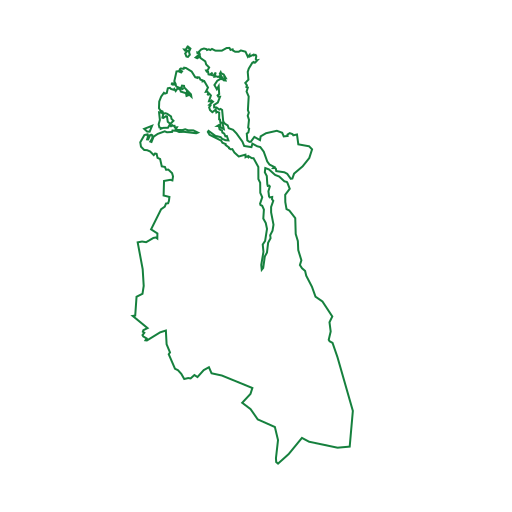 the district of Suldal nor, Rogaland, Norway, rotated 106°
{"feature_id": "86288312B74998451175401", "entity_name": "Suldal nor", "entity_type": "district", "adm_level": 2, "iso_a3": "NOR", "parent_name": "Norway", "parent_adm1": "Rogaland", "projection": "albers", "projection_center": [6.141, 59.542], "detail": "fine", "context": "isolated", "style": "outline", "palette": "green", "viewbox_px": 512, "rotation_deg": 106, "n_neighbors": 0, "source": "geoboundaries", "source_scale": "gbopen_adm2", "svg_char_len": 6054}
<svg xmlns="http://www.w3.org/2000/svg" viewBox="0 0 512 512"><g transform="rotate(106 256 256)"><path d="M413.4,113.4L378.2,120.2L330.8,149.8L318.4,158.5L317.7,161.7L316.5,163.0L308.0,163.4L299.4,167.1L293.1,166.0L281.4,179.6L278.7,187.6L270.2,193.7L261.1,202.3L256.8,204.7L255.1,208.4L252.6,211.3L247.6,211.2L238.7,217.0L230.1,219.9L223.9,223.9L208.8,228.7L203.1,236.5L202.5,239.6L196.1,242.7L189.1,244.8L182.1,242.1L177.2,245.8L176.3,246.8L176.4,249.3L173.2,255.6L172.8,260.0L169.2,267.4L168.9,271.3L173.1,270.6L176.1,267.7L183.9,264.9L185.4,264.0L184.7,262.7L185.3,261.9L190.4,261.9L195.1,259.9L195.9,258.9L194.8,256.7L197.1,256.2L198.2,254.6L204.7,255.0L209.9,253.5L221.1,247.8L227.2,247.1L232.1,248.1L234.9,246.9L239.9,248.0L249.7,246.4L254.0,247.4L265.5,245.8L267.6,246.7L263.1,248.5L249.9,250.0L243.1,252.7L239.0,251.4L226.9,252.9L221.6,255.7L218.0,259.3L209.2,261.2L206.0,263.9L205.8,265.7L204.6,266.5L197.8,266.2L194.1,269.3L184.4,272.2L181.4,274.9L169.8,278.3L162.7,285.3L163.1,287.1L162.1,290.6L163.2,290.7L162.6,291.9L163.9,293.3L161.5,294.1L165.1,300.0L162.5,305.3L159.8,308.2L160.4,309.7L159.9,311.6L159.2,311.8L157.7,315.8L156.8,316.0L156.4,319.5L154.7,321.3L152.3,334.1L150.0,336.5L148.8,336.1L151.5,328.7L152.4,328.4L151.6,326.9L151.5,322.7L152.7,320.8L153.1,317.2L152.5,314.4L148.7,317.1L149.4,318.4L147.1,320.3L146.6,322.4L144.9,323.1L144.3,325.9L141.4,327.5L141.7,329.0L139.2,326.7L142.0,325.7L142.8,322.0L137.5,324.8L137.2,327.2L134.8,328.2L134.8,329.1L128.3,330.9L128.1,333.2L128.9,333.7L126.4,335.1L129.8,337.6L128.4,340.4L126.1,342.0L123.8,341.3L123.7,342.6L119.5,339.9L118.8,341.6L119.9,342.1L120.3,343.9L114.1,343.6L112.8,345.7L114.8,346.9L112.6,346.8L111.4,347.9L112.0,349.5L107.3,348.6L102.1,354.0L102.9,355.5L101.8,355.8L101.8,358.0L100.0,359.7L100.3,361.6L101.0,361.5L100.9,363.7L96.4,368.7L94.6,375.1L94.8,377.0L96.0,377.1L96.5,380.0L97.3,380.6L98.3,380.7L98.9,378.0L100.2,378.5L99.8,381.7L100.5,383.3L110.5,382.7L112.4,381.0L113.2,384.3L113.9,384.4L114.3,383.6L113.5,380.8L115.1,379.1L115.9,371.8L114.5,374.3L112.6,374.1L112.3,372.1L113.8,371.4L118.5,363.1L120.6,362.1L117.9,367.4L120.3,366.5L120.3,365.6L121.3,366.9L118.8,368.2L118.7,373.6L117.1,374.6L116.3,377.5L119.6,378.7L117.9,380.6L118.9,381.0L118.9,383.7L118.1,385.1L119.1,387.0L123.9,386.7L125.0,388.3L124.5,389.5L128.9,391.1L134.2,391.6L140.7,390.0L142.5,388.0L142.8,385.7L144.7,384.4L143.7,382.4L143.8,380.5L145.3,376.1L147.4,375.1L148.8,372.6L152.6,374.8L151.3,377.8L146.5,380.0L146.4,381.0L148.9,383.2L148.8,384.1L145.3,384.2L144.3,386.1L144.6,388.8L151.7,385.9L156.2,385.9L159.1,384.3L159.1,382.4L159.8,382.4L158.4,380.5L157.0,376.0L153.9,375.2L154.7,373.5L153.3,372.7L153.8,371.8L153.3,370.2L154.8,369.5L154.1,367.5L156.6,368.1L156.8,367.2L155.2,361.4L153.7,359.0L153.9,356.0L152.5,350.8L153.4,345.9L154.5,347.3L156.5,359.5L158.0,364.1L157.6,366.7L158.4,370.9L159.8,370.8L160.4,372.3L161.6,375.7L161.3,378.1L165.7,384.1L169.5,387.3L175.2,387.9L175.1,389.1L171.2,388.1L168.5,389.0L168.3,390.2L169.1,391.1L173.7,391.8L173.9,392.8L169.7,392.7L169.9,393.6L169.0,393.9L170.5,396.6L178.6,398.6L182.6,396.7L184.9,392.7L184.3,389.9L184.7,386.6L187.2,382.1L185.3,381.3L185.2,379.7L188.8,377.7L189.2,374.9L195.8,371.3L195.5,368.1L197.9,366.2L197.1,364.1L199.5,359.5L202.4,357.7L206.4,357.2L206.4,359.4L209.2,365.1L223.3,361.5L223.1,355.5L227.0,354.9L229.5,355.0L230.4,357.0L233.7,357.3L237.2,360.1L259.3,364.2L261.5,357.0L266.4,355.7L265.8,357.4L266.9,359.6L273.0,365.4L273.5,369.5L275.5,373.5L299.9,361.3L315.7,355.7L323.6,354.7L328.1,359.6L346.5,355.7L347.6,358.0L355.2,340.4L358.3,343.8L360.0,343.9L360.6,342.2L363.3,343.3L364.4,342.2L365.4,338.4L367.5,339.0L367.3,337.6L355.8,327.1L352.5,322.1L365.5,317.6L372.4,312.1L374.5,312.8L386.7,302.8L387.3,299.5L389.9,295.3L394.0,291.1L392.0,287.5L391.7,285.1L387.4,282.4L388.5,278.9L380.1,274.8L375.9,270.6L381.0,266.4L380.3,255.9L383.9,223.1L390.1,223.3L400.9,228.8L404.7,219.0L412.6,209.3L415.2,190.7L426.9,184.1L444.8,181.1L448.5,179.8L449.5,177.6L437.4,170.0L418.2,161.7L419.9,153.8L417.8,124.8L413.4,113.4ZM138.0,231.5L135.9,235.2L137.0,246.1L127.9,250.1L129.7,253.4L128.8,254.5L128.6,257.4L130.6,259.2L131.9,258.7L133.4,262.3L130.3,264.8L129.9,270.5L135.2,280.2L139.7,284.5L143.5,284.1L142.0,290.4L147.6,292.5L148.1,293.8L147.3,296.2L140.9,298.6L139.3,297.4L135.5,297.7L134.8,298.9L127.0,300.3L123.5,302.6L120.2,302.4L118.0,304.0L104.7,307.0L100.5,310.4L96.3,310.3L96.2,311.8L94.4,311.8L92.6,314.0L88.6,311.9L81.3,314.7L77.8,314.6L71.2,312.8L70.1,311.7L70.7,311.0L70.3,310.1L67.5,308.7L67.8,309.3L66.8,310.5L63.8,310.8L62.8,311.8L63.7,313.4L63.1,313.8L65.9,317.0L64.4,317.6L66.8,318.7L62.5,322.4L62.6,327.2L64.4,328.9L65.4,332.3L64.8,334.8L63.8,335.4L64.9,337.3L63.3,338.9L64.2,341.6L68.0,345.4L69.8,351.7L69.1,355.4L70.6,356.7L70.3,358.3L71.5,359.9L70.8,360.6L70.9,363.2L72.5,365.6L76.1,367.6L76.2,366.8L76.4,366.8L76.5,368.5L77.1,368.2L76.4,367.0L77.4,365.7L81.8,368.7L82.1,367.0L79.6,364.8L81.0,363.9L82.9,358.4L85.6,356.7L87.7,353.0L90.8,353.7L91.4,355.1L92.4,354.1L92.2,352.8L94.5,351.7L94.4,350.3L91.7,348.3L94.2,349.5L94.3,346.6L90.7,345.3L95.1,345.3L94.2,343.5L94.4,342.0L93.3,340.8L94.2,340.2L93.9,337.6L90.8,341.0L89.1,340.6L89.9,340.0L90.4,337.1L93.0,334.4L93.0,335.4L95.7,333.6L96.0,335.5L95.2,336.6L95.7,339.1L98.2,341.5L103.1,343.1L106.5,339.6L103.0,338.7L110.5,336.0L112.2,337.2L113.2,336.2L112.8,334.5L119.0,335.0L122.3,337.9L124.7,337.2L124.1,334.9L125.4,331.6L124.4,330.6L125.0,328.8L135.7,324.6L137.4,322.4L138.3,319.2L140.7,317.5L141.0,312.9L143.5,308.6L149.8,300.6L153.5,297.7L152.6,290.4L149.0,290.4L150.2,285.1L150.1,281.9L153.6,277.3L162.1,271.2L164.4,268.2L165.4,262.9L166.7,263.6L166.2,261.8L166.6,261.0L168.8,259.9L167.7,251.8L168.4,248.6L172.2,243.9L171.5,242.4L166.3,242.1L157.0,235.9L147.2,231.8L138.0,231.5ZM80.8,375.1L78.2,376.7L74.7,376.2L73.7,378.5L74.6,378.4L73.9,379.6L77.0,380.4L77.3,381.9L78.1,380.9L77.6,378.4L80.8,379.9L83.4,377.9L83.4,376.3L80.8,375.1ZM166.4,394.9L165.8,392.5L159.5,391.8L164.6,398.5L166.4,394.9Z" fill="none" stroke="#15803d" stroke-width="2"/></g></svg>